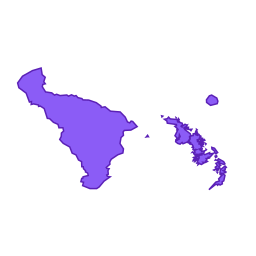 Tojo Una-Una, Sulawesi Tengah, Indonesia (Natural Earth projection), rotated 74°
{"feature_id": "22746128B20933115656615", "entity_name": "Tojo Una-Una", "entity_type": "district", "adm_level": 2, "iso_a3": "IDN", "parent_name": "Indonesia", "parent_adm1": "Sulawesi Tengah", "projection": "natural_earth1", "projection_center": [121.803, -0.873], "detail": "fine", "context": "isolated", "style": "filled", "palette": "violet", "viewbox_px": 256, "rotation_deg": 74, "n_neighbors": 0, "source": "geoboundaries", "source_scale": "gbopen_adm2", "svg_char_len": 5783}
<svg xmlns="http://www.w3.org/2000/svg" viewBox="0 0 256 256"><g transform="rotate(74 128 128)"><path d="M150.6,139.8L146.8,138.1L140.7,140.0L135.2,137.3L133.8,134.4L130.5,133.8L129.3,132.2L130.8,125.8L129.2,118.8L123.0,121.7L122.2,123.1L123.5,124.9L122.1,126.8L116.7,127.7L110.4,131.1L107.0,140.2L101.3,144.2L100.9,148.0L99.5,147.9L94.9,151.5L90.3,158.1L88.6,163.5L87.0,164.2L85.0,167.8L82.5,169.0L82.5,170.8L80.5,173.2L81.0,176.4L79.4,177.7L78.1,184.4L75.9,187.3L76.1,189.6L73.2,191.6L70.6,197.3L64.7,199.0L62.6,197.9L62.7,195.3L60.3,196.2L56.4,193.6L53.1,195.8L46.4,195.0L46.5,204.1L49.1,215.1L54.3,221.7L59.2,221.8L66.4,216.3L75.9,215.6L76.0,213.5L78.7,214.6L78.8,212.2L81.2,207.7L82.6,208.0L82.8,206.2L86.2,203.2L96.5,202.9L97.4,200.8L102.0,198.1L105.2,194.3L108.8,194.3L109.8,190.5L113.2,190.7L114.5,193.4L117.7,194.5L120.2,196.8L124.9,194.5L130.2,189.2L136.8,188.6L139.5,185.4L145.1,184.4L147.5,181.9L152.5,183.1L152.9,181.7L154.9,182.0L157.4,180.6L158.5,181.0L160.2,179.2L162.7,179.3L162.5,184.6L163.9,185.4L163.7,186.4L166.6,188.1L167.9,185.7L170.9,187.5L175.8,181.2L177.6,174.8L176.7,171.9L172.5,165.7L170.0,158.6L168.7,161.2L167.3,161.4L167.0,159.7L163.4,159.0L161.9,157.4L161.0,159.6L159.9,159.8L157.9,155.4L155.6,154.9L153.4,152.7L150.9,145.1L150.6,139.8ZM150.7,69.7L145.3,73.7L144.0,74.1L143.7,73.1L143.2,74.6L142.7,71.4L141.6,70.4L141.8,71.6L141.4,70.7L140.1,72.2L141.6,76.1L141.1,76.5L140.9,76.4L140.7,76.3L140.0,74.6L138.3,74.6L136.4,77.6L133.4,77.4L134.8,78.5L133.4,78.4L130.9,84.9L128.7,86.0L129.9,87.7L129.6,90.6L132.0,88.7L134.2,88.9L138.0,80.5L139.1,80.7L139.3,82.5L142.0,80.8L143.0,81.4L142.9,80.4L143.2,80.3L148.4,85.0L151.8,83.3L151.1,81.5L148.7,80.5L150.5,80.2L152.9,82.6L153.4,84.3L152.7,85.3L154.3,86.0L156.5,84.5L157.9,82.4L156.8,80.0L158.3,79.5L157.7,73.8L157.3,73.9L155.5,71.6L153.2,71.2L153.0,70.6L152.5,69.7L150.7,69.7ZM162.3,59.9L159.1,59.2L159.5,59.5L158.5,60.4L159.6,61.6L160.4,60.8L160.7,61.4L161.2,60.2L161.0,62.1L162.5,61.4L162.0,62.1L163.5,62.7L163.1,63.9L162.1,62.9L162.4,64.6L161.4,62.6L161.1,64.1L160.8,63.0L160.3,64.0L159.6,63.2L160.1,64.9L158.4,64.7L158.5,62.5L157.5,62.3L157.6,60.6L157.0,61.5L155.7,61.2L156.7,61.0L156.0,60.2L152.8,63.2L154.1,63.4L153.0,64.9L151.7,64.6L151.6,67.0L153.2,67.4L152.9,69.5L154.1,71.1L155.6,71.2L157.8,73.4L159.3,71.8L161.1,72.1L161.6,70.8L163.6,70.4L164.2,71.6L165.0,70.5L166.6,71.5L167.3,70.5L167.8,71.1L167.1,69.2L167.6,68.2L168.0,70.6L169.6,70.2L169.5,71.4L171.1,71.7L172.6,71.1L173.0,69.8L171.8,70.2L172.4,68.6L173.3,69.4L174.0,68.0L172.8,66.9L173.1,62.1L171.0,60.8L171.0,63.8L168.7,62.6L169.4,64.2L167.9,65.3L167.8,63.6L166.4,62.4L164.4,62.9L165.7,61.1L163.6,62.0L163.2,61.4L164.4,61.1L163.6,61.2L163.3,59.3L162.3,59.9ZM178.6,57.2L175.9,52.8L175.4,56.7L174.2,56.3L174.8,61.5L173.3,62.8L173.4,64.2L174.2,64.3L173.9,67.3L175.8,67.8L173.5,69.5L175.2,70.2L175.3,71.2L175.3,72.0L175.9,71.6L176.1,73.5L177.2,74.3L176.8,71.9L178.4,72.7L177.8,70.7L176.7,70.4L176.9,68.4L180.7,71.5L181.0,69.9L182.5,70.8L181.9,69.2L183.3,67.5L182.6,64.8L181.7,65.3L182.5,63.0L182.0,60.8L181.1,61.6L181.8,63.0L179.8,60.8L178.9,61.2L179.2,59.3L178.0,59.2L178.7,59.0L179.0,58.5L178.3,58.7L178.6,57.2ZM192.9,44.3L191.3,45.2L193.6,50.7L196.7,52.1L197.4,50.5L198.2,52.1L199.3,50.7L201.9,54.9L204.1,54.7L204.2,58.5L209.6,67.2L206.5,59.6L206.7,57.8L207.7,57.6L207.0,56.2L208.2,55.2L207.7,52.7L205.7,52.4L205.2,50.5L200.2,47.8L198.2,49.4L197.1,46.2L195.2,48.3L195.0,46.1L193.5,45.8L192.9,44.3ZM127.0,34.2L123.7,34.4L119.4,38.5L119.5,40.9L122.5,44.8L125.1,45.4L129.0,42.4L129.2,35.5L127.0,34.2ZM189.2,44.7L186.7,45.3L182.5,49.5L183.9,51.3L185.6,49.4L186.2,53.3L188.8,52.4L189.7,54.9L192.6,53.5L191.5,55.0L191.9,55.6L193.8,53.5L192.7,52.3L191.6,52.9L191.9,50.7L190.0,51.2L189.6,49.3L187.5,50.5L187.0,49.7L189.5,45.8L189.2,44.7ZM176.3,48.6L171.3,50.4L169.7,52.8L171.4,53.1L174.2,51.1L175.7,51.7L176.8,50.2L176.3,48.6ZM180.5,51.9L180.1,50.5L178.8,50.5L179.1,52.1L180.5,51.9ZM146.3,69.1L147.9,68.2L146.8,67.0L146.3,69.1ZM153.4,62.2L150.8,62.9L151.0,64.1L152.2,63.7L153.4,62.2ZM152.8,82.5L151.6,84.0L152.5,84.8L153.1,84.3L152.8,82.5ZM142.0,110.8L140.4,111.2L141.6,112.9L141.7,111.7L142.0,110.8ZM145.7,70.8L144.3,71.2L144.2,72.0L144.8,72.4L145.7,70.8ZM150.7,63.4L150.1,62.6L149.5,63.4L150.0,63.9L150.7,63.4ZM125.6,92.3L126.7,92.3L126.2,91.3L125.6,92.3ZM183.4,51.6L182.6,52.6L182.9,53.0L183.4,51.6ZM158.9,74.0L157.9,73.6L158.4,74.6L158.9,74.0ZM143.8,70.4L144.6,70.0L144.0,69.7L143.8,70.4ZM161.1,58.5L160.9,57.5L160.1,57.9L161.1,58.5ZM175.2,70.5L174.3,70.8L174.1,71.3L174.4,70.9L175.0,71.6L175.2,70.5ZM192.4,56.8L191.8,56.1L192.0,57.2L192.4,56.8ZM164.3,57.7L165.1,57.7L164.8,57.3L164.3,57.7ZM170.0,58.9L170.7,59.1L170.5,58.6L170.0,58.9ZM169.0,72.7L168.4,72.1L169.0,72.9L169.0,72.7ZM148.7,62.6L148.6,62.2L148.2,62.5L148.7,62.6ZM168.6,64.1L169.0,64.3L169.0,63.8L168.6,64.1ZM164.5,60.5L164.5,60.1L163.9,60.4L164.5,60.5ZM176.8,51.0L176.7,50.5L176.5,51.0L176.8,51.0ZM195.1,54.6L195.7,54.4L195.4,54.1L195.1,54.6ZM160.2,73.0L160.0,72.5L159.7,73.0L160.2,73.0ZM141.3,76.2L140.8,76.3L141.2,76.3L141.3,76.2ZM174.6,71.5L174.3,71.5L174.7,72.3L174.6,71.5ZM165.9,61.3L166.3,60.8L165.9,61.3L165.9,61.3ZM170.0,71.9L169.7,71.5L169.5,71.9L170.0,71.9ZM160.4,61.4L160.0,61.3L160.2,61.9L160.4,61.4ZM174.6,72.5L174.1,72.0L174.4,72.9L174.6,72.5ZM177.5,69.5L177.3,69.0L177.3,69.6L177.5,69.5ZM197.7,46.2L197.1,46.0L197.7,46.3L197.7,46.2ZM178.9,72.9L178.6,72.5L178.8,73.1L178.9,72.9ZM134.4,77.0L133.9,76.5L133.7,76.6L134.4,77.0ZM159.2,59.5L158.6,59.4L158.6,59.6L159.2,59.5ZM135.6,77.2L134.7,76.9L135.5,77.3L135.6,77.2ZM154.0,61.4L153.6,61.4L153.3,61.3L153.5,61.5L154.0,61.4ZM135.9,77.0L136.3,76.7L136.3,76.2L135.9,77.0ZM131.4,78.9L131.6,78.9L132.0,78.4L131.4,78.9ZM132.4,77.4L133.0,76.8L132.6,77.1L132.4,77.4Z" fill="#8b5cf6" stroke="#5b21b6" stroke-width="1.5"/></g></svg>